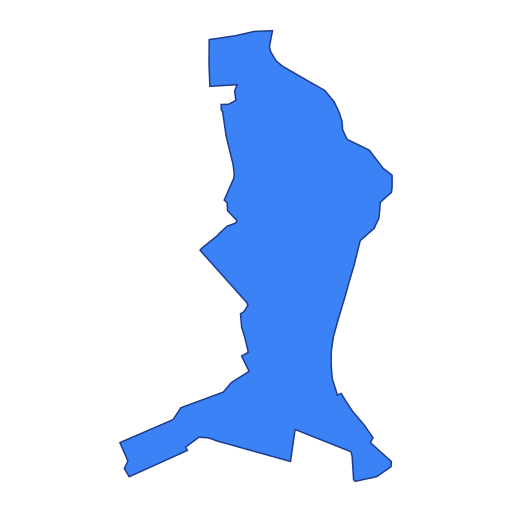 Rupea, Brasov, Romania
{"feature_id": "2599482B2860524053107", "entity_name": "Rupea", "entity_type": "district", "adm_level": 2, "iso_a3": "ROU", "parent_name": "Romania", "parent_adm1": "Brasov", "projection": "albers", "projection_center": [25.275, 46.017], "detail": "fine", "context": "isolated", "style": "filled", "palette": "blue", "viewbox_px": 512, "rotation_deg": 0, "n_neighbors": 0, "source": "geoboundaries", "source_scale": "gbopen_adm2", "svg_char_len": 1341}
<svg xmlns="http://www.w3.org/2000/svg" viewBox="0 0 512 512"><path d="M374.2,228.3L375.8,224.6L378.9,218.3L379.4,213.4L380.3,202.4L385.8,197.3L391.4,192.5L392.1,187.5L392.1,175.2L383.0,168.2L369.3,150.2L361.0,146.1L347.1,139.4L342.6,129.7L342.1,121.5L339.2,112.4L334.2,101.9L324.7,90.4L308.8,81.4L305.7,79.6L282.6,66.3L276.1,60.9L270.9,52.2L269.4,46.6L272.5,30.7L254.4,31.4L235.0,35.8L209.2,39.6L209.0,64.6L209.9,86.3L237.0,84.7L234.6,91.4L235.9,100.3L228.6,104.3L221.1,104.5L221.3,109.9L222.6,111.7L226.1,135.9L233.0,164.2L234.2,173.2L233.8,178.2L224.2,200.1L227.1,202.7L227.6,210.8L236.8,220.3L235.9,222.9L227.2,226.2L218.9,233.7L217.4,235.6L201.8,248.2L200.0,250.2L246.6,302.4L247.9,305.3L244.0,311.6L240.5,313.8L241.6,327.0L244.6,336.8L247.6,349.3L248.2,352.3L241.6,356.0L249.1,371.3L231.3,382.6L223.3,392.1L180.9,407.7L173.1,419.6L119.9,442.6L127.9,460.9L124.3,468.6L129.2,476.7L187.4,450.4L185.6,447.1L198.9,437.2L208.3,437.8L217.1,441.0L290.5,461.5L295.1,429.5L350.9,451.7L352.1,456.0L353.6,479.6L355.2,481.3L376.6,476.7L391.0,466.7L391.4,461.6L370.3,442.6L373.0,437.8L364.2,425.1L352.4,411.1L345.7,400.9L341.2,393.5L337.4,395.1L335.5,388.9L332.4,379.2L331.6,371.0L331.2,363.9L331.3,351.3L333.4,336.8L338.6,318.0L345.1,296.5L349.7,279.8L354.2,264.8L360.2,240.6L374.2,228.3Z" fill="#3b82f6" stroke="#1e3a8a" stroke-width="1.5"/></svg>